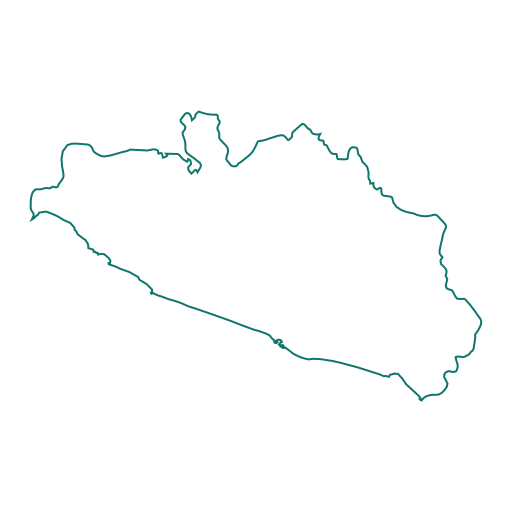 map outline of Guerrero (Mercator projection)
{"feature_id": "MEX-2729", "entity_name": "Guerrero", "entity_type": "State", "adm_level": 1, "iso_a3": "MEX", "parent_name": "Mexico", "parent_adm1": "", "projection": "mercator", "projection_center": [-99.836, 17.594], "detail": "fine", "context": "isolated", "style": "outline", "palette": "teal", "viewbox_px": 512, "rotation_deg": 0, "n_neighbors": 0, "source": "natural_earth", "source_scale": "10m", "svg_char_len": 6045}
<svg xmlns="http://www.w3.org/2000/svg" viewBox="0 0 512 512"><path d="M421.7,400.4L420.2,399.8L419.9,399.4L420.3,399.4L420.6,399.0L420.4,397.9L418.6,395.7L414.7,392.1L406.2,384.3L402.2,378.4L399.0,375.1L398.6,374.3L397.7,373.8L396.1,373.9L394.5,373.5L393.7,374.0L392.8,374.0L391.8,374.4L390.2,374.7L389.6,375.5L389.1,376.8L385.6,376.0L383.6,376.1L379.4,374.3L358.1,367.5L340.5,362.8L333.2,361.1L320.3,359.1L313.5,358.8L308.3,359.4L305.0,358.6L302.1,357.7L299.3,356.7L293.7,354.0L287.8,349.4L285.0,347.4L284.3,347.5L283.8,348.2L282.6,347.8L282.2,347.1L281.1,346.7L282.0,346.2L283.1,346.8L283.5,346.0L283.0,345.2L282.2,345.1L281.6,345.5L280.7,345.2L279.9,345.3L279.0,344.5L279.7,344.2L279.9,343.3L280.6,342.3L281.1,342.4L281.8,342.1L281.8,341.4L281.0,340.4L280.1,339.9L278.6,339.6L276.8,340.3L275.7,341.0L275.9,341.9L276.9,341.6L277.5,342.0L276.6,343.0L275.1,343.1L274.4,342.4L273.8,339.9L273.0,339.4L270.5,336.8L270.1,335.8L266.6,333.8L258.7,331.0L253.3,329.5L240.4,324.7L231.3,321.1L204.9,311.8L195.3,308.5L188.8,306.5L181.6,303.3L175.8,301.2L168.7,299.2L162.7,296.9L157.0,295.1L153.3,293.2L151.5,293.8L150.9,292.5L152.1,291.8L152.0,289.5L146.6,284.1L139.4,279.7L138.2,277.1L129.5,272.1L120.5,268.9L115.4,266.5L108.7,264.2L108.6,263.0L110.1,262.7L110.4,260.7L109.5,259.2L108.5,257.8L104.3,254.3L101.2,253.8L98.2,254.6L97.8,253.0L96.4,253.0L95.4,251.8L93.7,251.9L93.3,249.8L91.6,249.1L88.4,248.2L88.0,244.0L85.4,240.0L82.6,238.1L77.5,234.1L76.3,231.3L74.7,229.9L74.5,227.8L70.4,223.0L64.0,220.2L57.4,216.2L51.1,213.4L46.1,211.6L39.2,212.6L38.2,214.5L36.0,216.1L34.3,218.0L31.8,219.5L33.4,216.3L33.7,215.3L33.5,213.6L31.3,210.2L30.7,208.2L30.7,201.7L31.0,198.3L31.7,195.2L32.4,193.1L32.9,192.1L33.8,191.1L34.9,190.0L35.7,189.4L36.8,189.3L40.7,189.3L44.1,188.4L45.9,188.0L47.6,188.1L49.2,188.3L50.7,188.1L52.2,186.8L53.2,186.8L55.3,187.3L56.4,187.3L57.5,186.9L58.0,186.2L58.6,184.4L62.1,179.6L63.4,177.1L63.5,174.2L62.1,166.4L61.5,158.5L62.9,151.2L67.4,145.1L71.4,143.8L75.9,143.6L86.6,144.4L88.3,144.7L89.9,145.4L91.3,146.7L92.3,148.4L93.0,150.1L93.9,151.7L95.6,153.1L97.8,154.4L100.0,155.5L102.3,156.3L104.9,156.4L110.7,155.4L121.9,152.2L127.6,150.8L130.2,149.6L147.5,150.5L152.9,149.4L155.3,149.4L157.7,150.5L158.0,151.1L158.1,152.9L158.6,153.7L159.6,153.2L161.1,153.0L161.8,153.6L162.3,154.9L163.0,157.7L166.5,156.4L167.3,155.4L166.0,153.7L177.5,154.0L178.9,154.6L182.6,158.8L184.2,160.0L185.9,161.1L187.3,161.6L187.3,161.2L188.1,159.6L188.1,159.2L188.6,159.4L189.5,159.9L189.9,160.0L190.3,160.5L190.6,161.6L191.0,163.3L190.9,164.3L189.9,165.4L188.8,166.3L188.1,167.7L188.3,169.5L189.2,171.1L191.4,173.6L195.1,170.0L195.5,169.9L196.7,170.4L197.5,172.3L200.4,167.5L201.0,165.2L200.0,163.1L194.6,158.7L189.0,154.7L186.8,152.9L185.7,151.0L185.4,148.7L185.4,145.7L185.3,143.0L184.8,140.5L184.0,138.1L183.0,135.6L182.5,132.8L183.5,131.2L184.8,129.6L185.4,127.1L184.3,125.2L182.3,123.5L180.7,121.6L180.7,119.5L182.0,117.9L183.4,116.0L184.8,114.2L186.5,113.1L188.8,113.3L190.4,115.1L191.4,117.7L191.9,120.3L194.2,118.2L195.2,116.9L195.5,114.7L196.4,113.6L198.5,111.6L202.7,112.9L206.7,114.0L210.8,114.6L216.7,114.7L217.4,115.2L217.8,116.4L217.8,118.3L218.2,119.4L219.6,121.1L219.7,122.5L217.6,126.8L217.4,129.0L219.2,132.9L219.3,134.2L219.1,137.0L219.4,138.2L220.1,139.4L221.0,140.4L225.7,145.3L227.4,147.5L228.1,150.1L227.8,152.9L226.8,156.0L226.2,158.9L227.3,161.1L228.2,161.8L229.0,162.8L230.5,164.8L231.6,165.8L233.1,166.3L234.7,166.4L236.1,166.1L237.3,165.2L238.1,164.0L238.9,163.0L240.3,162.5L247.4,156.8L249.8,154.8L252.2,152.2L254.0,149.3L255.6,146.3L257.3,142.5L258.1,141.3L262.4,140.6L264.6,140.1L266.7,139.5L268.9,138.6L275.5,136.6L276.6,136.1L280.1,135.4L282.0,135.2L283.6,135.6L285.3,136.9L287.7,139.8L289.0,139.9L291.9,137.0L292.1,135.8L292.1,134.5L292.3,133.1L293.0,132.0L299.8,125.9L302.4,123.8L304.6,124.7L306.6,127.0L308.5,129.0L309.9,129.4L310.6,130.2L311.7,132.6L313.2,133.8L315.7,134.4L318.3,134.5L320.2,134.0L319.2,136.0L318.5,138.1L318.9,139.7L321.1,140.4L323.2,140.7L324.2,144.6L326.6,145.3L329.4,150.6L330.3,151.9L331.5,153.1L332.9,153.9L336.4,154.0L337.0,155.9L337.2,158.1L337.9,159.1L342.6,159.3L344.9,159.3L347.2,159.0L347.7,157.9L347.9,156.5L348.3,153.6L349.0,150.8L350.3,148.5L352.4,147.2L355.2,147.4L356.2,147.8L356.9,148.2L357.4,148.9L358.0,152.9L358.3,154.2L359.1,155.3L360.5,156.8L361.0,157.6L361.2,158.7L362.5,161.9L365.0,164.3L367.2,166.9L368.2,170.8L368.6,172.7L368.4,176.0L368.5,177.8L369.0,179.3L369.8,180.5L370.3,181.9L370.2,183.6L373.4,183.0L373.3,184.5L373.5,186.0L374.1,187.3L375.1,188.5L376.9,189.5L378.5,188.7L379.8,187.8L381.2,188.4L381.5,192.9L382.2,194.7L383.8,195.7L388.4,196.3L390.9,196.7L392.0,197.4L393.5,202.7L396.4,206.7L400.5,209.6L405.4,211.6L407.6,212.2L414.2,213.6L417.1,215.0L421.6,216.0L425.2,216.3L428.8,216.0L434.1,214.8L435.4,214.7L436.5,215.1L437.9,216.3L444.0,222.8L445.7,225.0L446.1,226.7L445.5,228.5L444.3,231.1L443.5,233.2L442.9,235.3L442.0,239.7L440.9,244.1L440.0,248.4L439.5,251.3L439.8,253.9L441.3,256.0L442.0,256.5L442.4,257.0L442.4,257.6L440.8,259.5L440.5,260.9L440.7,262.5L441.1,264.1L443.3,266.2L445.5,268.7L446.1,269.6L446.6,271.2L446.4,272.8L445.6,275.8L446.1,276.6L447.2,278.9L446.9,281.0L446.2,283.2L445.8,285.6L446.4,287.8L447.9,289.0L452.1,290.4L453.6,292.8L455.1,296.0L456.9,298.5L459.4,299.0L462.5,298.9L464.0,298.9L465.3,299.4L470.4,305.2L473.7,309.6L480.1,318.5L480.7,319.6L481.1,320.7L481.3,322.0L481.1,323.2L480.9,324.4L480.0,326.8L478.6,329.5L477.7,331.0L475.6,333.8L475.1,334.9L475.3,337.1L475.1,338.5L473.6,348.6L473.0,350.0L471.9,351.2L470.4,352.3L469.5,353.9L468.9,354.4L467.7,355.2L467.0,355.4L465.5,356.3L464.1,356.9L462.7,357.1L459.6,356.6L458.3,356.5L456.9,356.7L455.6,357.2L456.3,360.4L457.3,363.5L457.8,366.7L456.8,370.0L456.3,370.9L456.1,371.2L453.9,372.0L452.1,371.8L450.4,371.4L448.3,371.2L445.5,372.5L444.2,374.7L444.2,377.2L445.7,379.9L447.5,383.6L446.7,387.0L444.5,390.1L441.7,392.9L439.0,394.4L436.3,394.8L433.4,394.8L430.4,395.1L427.6,395.8L425.4,396.8L423.5,398.2L421.9,400.0L421.7,400.4Z" fill="none" stroke="#0f766e" stroke-width="2"/></svg>